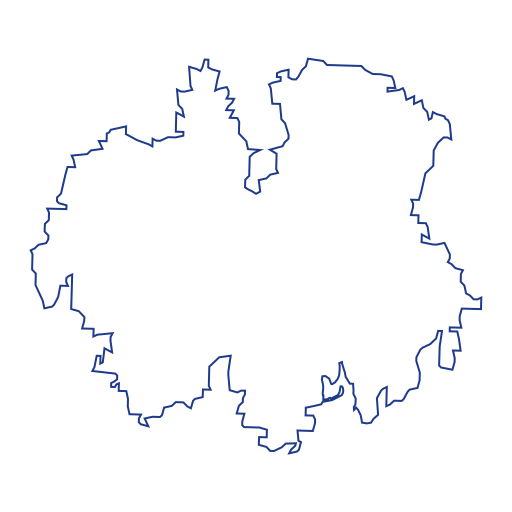 outline of Utsira nor, Norway
{"feature_id": "86288312B95647148503835", "entity_name": "Utsira nor", "entity_type": "district", "adm_level": 2, "iso_a3": "NOR", "parent_name": "Norway", "parent_adm1": "", "projection": "albers", "projection_center": [4.885, 59.307], "detail": "fine", "context": "isolated", "style": "outline", "palette": "blue", "viewbox_px": 512, "rotation_deg": 0, "n_neighbors": 0, "source": "geoboundaries", "source_scale": "gbopen_adm2", "svg_char_len": 5411}
<svg xmlns="http://www.w3.org/2000/svg" viewBox="0 0 512 512"><path d="M208.2,67.4L208.4,59.7L204.6,59.6L202.5,67.2L200.5,71.0L196.7,69.0L189.1,66.8L190.5,86.0L192.3,89.9L184.6,91.6L180.7,91.5L177.0,89.5L178.4,104.9L180.3,106.9L182.2,108.8L183.9,116.6L180.1,114.5L176.3,112.5L175.8,131.7L183.4,131.9L183.3,135.7L175.6,137.4L171.8,137.3L168.0,137.2L160.2,140.8L156.4,140.7L152.6,138.7L152.4,146.4L148.6,144.3L137.2,140.2L129.7,136.1L125.9,134.1L126.1,126.4L118.4,128.1L110.7,129.8L109.3,132.3L106.8,133.5L106.6,141.2L98.9,141.0L100.7,144.9L102.5,148.8L91.0,150.4L87.1,154.1L71.7,155.6L73.5,159.5L75.2,167.2L67.5,167.0L65.4,174.6L61.0,193.6L57.1,197.4L57.0,201.2L58.9,203.2L66.5,205.3L66.4,209.1L47.2,208.6L49.0,212.5L48.8,220.1L44.9,223.9L44.6,231.5L46.5,233.5L48.4,235.5L48.3,239.3L46.2,243.1L38.5,244.8L34.6,248.5L30.7,250.3L32.5,254.2L32.2,265.7L32.1,269.5L33.9,271.5L35.8,273.5L35.6,281.2L35.5,285.0L39.1,292.8L42.7,300.5L44.4,308.3L52.1,306.6L54.1,304.7L58.1,297.1L60.4,285.7L68.0,285.9L66.2,282.0L66.3,278.2L68.3,276.3L72.2,274.5L71.2,309.0L78.8,311.2L80.6,313.1L82.5,315.1L84.4,317.1L84.2,320.9L82.1,328.5L93.6,328.8L93.4,336.5L97.3,334.7L112.6,333.2L110.6,337.0L110.5,340.8L112.1,352.4L108.3,350.4L104.5,348.3L102.8,362.3L100.3,363.6L100.5,355.9L96.7,355.8L94.4,367.2L92.4,371.0L115.3,373.6L117.2,375.5L117.1,379.4L113.8,381.8L111.2,383.0L111.1,386.9L114.9,387.0L116.3,384.5L118.9,383.3L118.7,390.9L126.3,391.1L128.0,398.9L127.9,402.7L127.8,406.5L129.5,414.2L141.0,414.6L138.9,418.4L138.8,422.2L140.7,424.2L148.3,426.3L146.5,422.4L144.7,418.5L152.4,416.8L156.2,416.9L160.0,417.0L162.0,415.2L164.1,407.6L171.8,405.9L173.8,404.0L175.8,402.1L183.4,402.4L185.3,404.3L187.2,406.3L190.9,408.3L193.1,400.7L195.0,398.9L202.7,397.1L203.0,389.5L210.6,389.7L208.8,385.8L209.0,378.1L209.1,374.3L209.3,366.6L211.3,364.8L213.3,362.9L215.2,361.1L217.2,359.2L219.2,357.3L230.7,355.7L228.4,371.0L228.3,374.9L229.7,390.2L237.3,392.4L241.2,390.6L245.0,390.7L244.9,394.5L242.9,398.3L242.8,402.1L238.9,405.8L236.7,413.5L244.4,413.7L242.3,421.3L242.2,425.1L244.0,427.1L251.7,427.3L259.3,427.5L266.9,429.7L266.7,437.3L259.1,437.1L258.8,444.8L266.4,446.9L268.3,448.9L270.1,450.9L274.0,451.0L281.7,447.3L283.7,445.5L285.7,443.6L295.9,443.3L295.2,445.8L291.2,449.5L289.2,453.3L296.9,451.6L298.9,449.8L301.0,442.1L298.5,440.8L297.5,430.5L312.8,431.0L315.0,423.3L315.1,419.5L313.3,415.6L305.6,415.4L305.8,407.7L313.5,406.1L321.3,404.3L322.6,401.9L332.1,400.1L341.7,395.2L342.8,393.2L343.3,390.5L342.7,387.5L342.0,386.4L340.5,386.4L339.6,391.9L338.1,395.0L331.0,398.6L330.3,397.8L328.6,398.3L328.2,399.0L323.3,399.7L323.4,395.4L322.9,395.3L322.7,393.1L323.1,389.7L323.2,386.4L322.7,383.1L321.9,379.6L322.4,376.3L325.3,376.0L329.2,378.6L331.1,383.8L332.1,384.2L335.0,382.4L337.7,378.9L339.1,375.6L339.7,369.1L339.6,365.5L339.3,363.1L342.0,362.1L342.1,363.7L345.0,372.9L345.6,376.7L347.6,379.9L349.8,383.6L353.1,383.8L353.5,390.3L353.4,393.9L355.7,398.5L355.4,404.6L353.8,407.0L354.1,409.9L356.1,407.6L358.1,409.9L360.6,415.0L361.4,418.7L362.0,422.6L366.6,423.4L371.0,422.7L373.6,418.7L378.1,414.8L376.9,398.2L381.0,390.7L383.0,388.8L386.8,387.0L386.3,406.2L390.2,404.4L392.1,402.5L394.1,400.7L397.9,400.8L401.8,400.9L403.7,399.0L407.8,391.5L409.7,389.6L417.5,387.9L419.6,380.3L419.8,372.6L416.3,361.0L416.4,357.2L420.4,349.6L422.4,347.8L430.2,344.1L432.1,342.3L434.1,340.4L436.1,338.5L438.2,330.9L442.0,331.0L439.7,346.3L439.1,365.5L441.0,367.5L452.4,369.7L454.6,362.1L454.7,358.2L453.0,350.5L460.6,350.7L459.0,339.2L457.3,331.5L449.7,331.3L449.8,327.4L461.3,327.7L459.6,320.0L459.7,316.2L461.8,308.6L481.0,309.1L481.3,297.6L477.4,299.4L473.6,299.3L469.9,295.4L466.1,293.4L464.4,285.6L460.7,281.7L460.9,274.0L462.9,270.2L455.3,268.1L451.6,264.2L447.8,262.1L449.8,258.4L449.9,254.5L446.3,246.8L444.5,242.9L436.8,244.6L433.0,244.5L421.6,242.2L421.8,234.5L425.6,236.6L429.3,238.6L427.7,227.1L425.9,223.2L418.3,223.0L418.5,215.3L410.9,215.1L413.0,207.4L413.1,203.6L411.3,199.7L418.9,199.9L421.1,192.3L425.4,173.3L427.4,171.4L429.4,169.6L431.3,167.7L433.3,165.8L433.5,158.2L433.7,150.5L437.8,142.9L439.7,141.1L441.7,139.2L443.7,137.4L447.5,137.5L451.3,139.5L449.8,124.1L448.0,120.2L445.5,118.8L444.3,116.3L436.7,114.1L432.9,112.1L431.4,118.4L428.9,119.7L427.2,111.9L423.4,108.0L421.8,100.3L417.9,102.1L414.0,103.9L414.2,96.2L410.3,98.0L406.4,99.8L404.7,92.1L402.9,88.2L399.1,90.0L387.5,91.6L387.6,87.8L395.3,88.0L393.6,80.3L391.8,76.4L380.4,74.2L376.5,74.1L372.7,74.0L365.2,69.9L361.4,66.0L334.7,65.2L327.0,65.0L323.3,61.0L308.0,58.7L305.9,66.3L302.0,70.0L298.6,76.3L296.0,79.5L292.1,79.3L288.4,77.3L288.6,69.7L280.9,71.4L277.0,73.2L276.9,77.0L280.7,77.1L280.6,80.9L272.9,82.6L269.0,84.4L270.8,88.3L272.3,103.7L280.0,103.9L281.4,119.3L283.3,121.3L285.1,123.3L288.6,134.9L288.5,138.7L284.6,142.4L282.6,146.2L269.9,149.7L276.6,153.7L276.5,157.5L276.2,169.0L278.0,172.9L270.3,174.6L266.4,178.4L258.7,180.1L259.0,182.2L260.2,191.6L256.0,193.8L252.1,191.3L248.4,189.5L245.0,187.3L245.3,179.7L247.2,177.8L249.2,175.9L249.3,172.1L249.4,168.3L249.5,164.5L249.7,156.8L251.7,154.9L253.7,153.1L260.2,150.0L248.0,149.1L246.3,141.3L242.6,137.4L238.9,133.5L239.1,125.8L239.2,122.0L237.4,118.1L229.8,117.8L231.8,114.1L233.8,110.3L226.2,110.1L228.2,106.3L230.2,104.4L232.1,102.6L234.1,98.8L226.5,98.6L228.5,94.8L228.6,91.0L226.8,87.1L219.1,88.8L215.2,90.6L217.5,79.1L219.6,71.5L212.0,69.4L208.2,67.4Z" fill="none" stroke="#1e3a8a" stroke-width="2"/></svg>